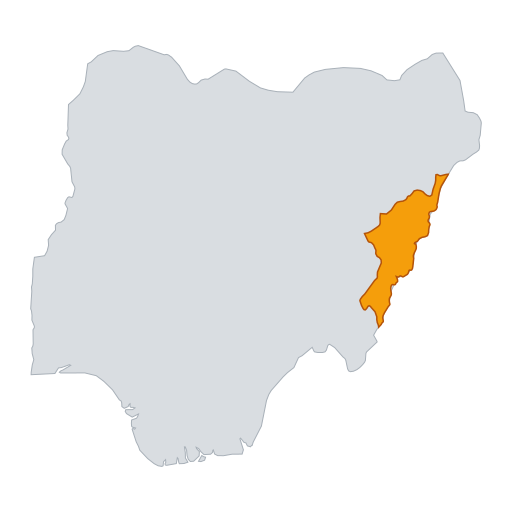 Adamawa highlighted on a map of Nigeria
{"feature_id": "NGA-2881", "entity_name": "Adamawa", "entity_type": "State", "adm_level": 1, "iso_a3": "NGA", "parent_name": "Nigeria", "parent_adm1": "", "projection": "natural_earth1", "projection_center": [12.557, 9.198], "detail": "fine", "context": "in_parent", "style": "filled", "palette": "amber", "viewbox_px": 512, "rotation_deg": 0, "n_neighbors": 0, "source": "natural_earth", "source_scale": "10m", "svg_char_len": 6050}
<svg xmlns="http://www.w3.org/2000/svg" viewBox="0 0 512 512"><path d="M442.8,53.0L460.0,80.5L463.7,100.9L465.1,111.0L467.9,112.2L473.3,112.7L477.2,114.7L479.5,118.1L481.0,121.2L481.3,123.0L480.2,135.3L478.9,139.7L479.6,145.8L479.4,148.3L478.8,150.1L476.4,152.1L473.1,154.1L465.4,159.9L463.1,160.8L459.9,160.9L457.0,162.4L453.7,165.5L446.5,177.3L440.3,189.0L435.7,208.0L430.3,214.0L429.3,219.2L428.5,231.1L427.6,234.7L426.7,235.8L420.9,238.0L417.5,240.7L415.4,246.1L412.8,264.4L411.9,267.4L410.0,270.6L407.0,274.0L404.4,275.9L397.6,277.2L391.2,290.9L391.1,293.3L388.3,305.8L383.3,315.2L383.0,321.2L376.8,329.5L373.6,335.2L376.9,341.1L377.1,342.0L366.5,352.0L365.9,353.5L365.4,360.4L364.6,362.2L362.6,364.7L359.8,367.5L356.8,369.7L353.5,371.2L350.4,371.7L348.6,370.9L347.6,368.8L345.8,360.3L344.9,358.5L342.9,356.9L334.7,347.6L329.7,344.3L328.7,344.6L327.8,345.5L326.4,350.1L325.0,351.9L322.4,352.5L317.9,352.5L314.6,351.9L313.8,350.9L312.2,347.3L302.1,355.7L298.5,357.6L293.9,367.6L287.5,372.6L283.1,376.9L271.2,390.5L268.8,394.5L266.5,400.5L261.4,426.1L253.2,442.1L252.1,445.5L251.6,445.4L250.5,446.8L247.4,445.9L245.9,442.9L244.0,442.4L240.6,438.1L239.9,438.8L243.4,449.8L242.1,454.1L232.1,454.2L223.5,455.7L217.6,455.6L214.6,454.0L213.3,449.9L212.8,450.3L212.5,452.5L210.6,454.2L204.0,454.6L201.0,451.8L198.7,448.6L196.1,447.2L196.5,448.5L199.4,451.6L199.1,456.0L193.7,461.2L190.3,461.5L188.2,459.2L187.1,455.6L186.6,450.3L185.2,446.8L184.4,446.8L185.3,452.6L185.4,458.0L187.9,462.2L184.0,463.5L179.3,463.7L178.7,462.1L178.1,458.6L177.3,457.7L176.3,463.6L166.7,465.3L165.3,465.0L165.0,463.9L165.8,462.3L165.6,459.6L163.5,461.7L163.1,465.8L161.9,466.4L158.2,465.8L154.2,463.7L147.7,458.6L139.8,450.2L138.5,446.4L136.2,441.8L132.1,429.1L132.9,428.5L134.7,429.2L135.6,428.0L132.3,427.1L131.6,426.2L131.4,423.4L131.6,420.0L136.6,418.2L137.8,416.1L138.5,414.0L132.2,417.1L126.5,413.6L125.2,411.4L125.8,409.7L132.6,409.6L135.0,407.9L133.5,407.4L130.9,407.4L130.0,406.4L130.1,403.7L129.2,404.3L128.1,406.6L124.2,408.3L121.9,406.6L121.7,402.8L121.2,401.1L119.3,399.8L112.5,389.8L103.9,381.4L96.3,375.7L84.8,372.9L60.6,373.0L59.3,372.2L60.8,370.9L62.9,370.0L70.7,365.3L69.4,364.7L61.3,367.6L58.5,367.9L54.9,373.5L31.1,374.7L31.2,372.2L32.3,364.8L33.8,359.7L32.2,353.6L31.8,348.0L32.8,346.2L33.2,344.1L33.0,329.8L34.3,327.7L34.4,326.2L31.9,320.1L32.0,315.4L31.5,310.9L30.7,308.8L31.8,291.3L31.5,287.0L32.3,283.9L32.8,276.3L32.8,269.0L34.4,257.3L44.6,255.7L47.1,251.2L48.6,245.4L48.2,239.6L51.5,234.6L55.5,230.2L55.4,225.3L56.5,223.8L58.4,222.6L61.1,222.1L64.2,219.6L65.9,215.4L67.6,208.5L65.0,203.8L65.1,202.7L66.1,200.2L67.7,197.6L69.0,196.8L71.9,197.5L72.9,196.4L74.9,188.9L74.7,186.9L72.0,181.8L70.6,168.2L69.8,166.4L67.7,163.9L62.1,154.3L62.2,149.8L64.6,144.0L66.2,141.1L68.4,139.6L68.9,138.2L68.2,136.6L67.2,135.4L66.9,132.8L68.0,129.1L67.8,125.1L68.5,104.5L73.1,100.5L79.9,93.8L83.4,86.8L85.3,81.5L87.7,63.8L91.2,61.9L98.0,55.5L107.2,51.7L113.2,50.6L123.6,51.3L128.9,50.7L133.4,47.2L135.4,46.2L138.3,45.6L164.2,54.8L166.6,54.4L168.5,55.0L171.8,57.4L179.4,65.9L187.3,79.2L189.8,82.0L192.3,83.6L194.8,84.1L196.8,83.9L198.6,82.6L201.2,80.1L205.0,79.0L208.1,79.2L224.4,69.1L225.9,68.9L235.9,71.1L249.4,81.3L260.4,87.9L268.2,90.2L277.3,91.7L292.9,92.2L304.7,78.0L309.1,74.9L314.3,72.1L325.3,69.4L343.4,67.6L360.4,68.4L371.0,70.8L382.1,75.5L386.9,79.9L394.5,80.7L399.9,79.8L401.7,75.4L407.1,69.6L415.2,64.2L421.9,60.4L427.3,58.8L432.2,54.5L436.1,53.1L442.8,53.0ZM204.6,460.2L200.9,461.6L198.5,461.3L201.8,455.5L203.5,456.7L205.6,457.2L204.6,460.2Z" fill="#d9dde1" stroke="#a8b0b8" stroke-width="1"/><path d="M448.3,174.2L448.1,174.7L441.4,185.8L440.4,188.3L439.0,193.8L437.7,202.1L436.9,204.8L436.9,205.4L437.1,206.3L437.2,206.8L437.1,207.4L436.5,208.8L436.1,209.5L435.3,210.2L434.9,210.4L434.4,210.8L433.7,211.1L430.7,211.5L429.5,212.1L428.8,213.6L428.8,214.4L429.3,215.9L429.4,216.7L429.3,217.8L428.4,219.4L428.1,220.3L428.1,221.3L428.5,222.0L429.6,223.3L430.0,224.3L429.9,225.0L429.6,225.7L429.2,226.7L428.7,229.7L428.6,232.5L427.5,235.6L425.0,236.8L422.1,237.3L419.5,238.6L419.0,239.1L417.9,240.7L417.5,241.2L417.1,241.4L414.9,242.6L414.7,242.8L414.4,243.6L414.6,243.8L415.7,244.0L416.0,244.9L416.3,246.2L416.3,247.9L416.2,248.7L415.9,249.5L414.2,253.1L413.4,255.2L413.4,256.9L413.7,258.5L412.8,266.8L412.4,268.7L411.6,270.0L411.1,270.2L410.6,270.2L410.1,270.1L409.6,270.1L409.2,270.3L408.9,270.9L408.6,272.1L408.0,273.5L407.3,274.4L403.5,276.7L402.9,276.9L402.3,276.7L401.1,276.1L400.6,275.9L399.9,276.0L399.5,276.3L399.0,276.7L398.4,277.0L397.9,277.0L397.4,276.9L396.3,276.5L396.6,277.2L397.5,279.7L397.6,280.3L397.6,281.5L397.3,281.9L396.2,282.8L395.9,283.3L395.7,283.8L395.4,284.3L394.9,284.7L394.1,284.8L392.7,284.5L391.8,284.9L391.0,286.3L390.7,288.2L390.8,290.2L391.4,293.8L391.3,294.6L391.2,295.0L391.0,295.6L389.5,298.1L389.3,299.2L389.3,300.9L389.5,302.6L389.8,303.6L389.9,304.4L389.6,305.0L388.2,306.7L384.5,312.7L383.1,315.6L382.9,316.5L382.7,317.5L382.8,318.4L383.3,320.9L383.2,321.8L382.7,322.3L382.1,322.8L381.1,324.6L378.7,327.2L378.3,325.0L377.3,322.6L376.8,319.7L376.8,316.8L375.0,311.7L371.4,307.7L370.4,306.4L369.1,305.7L367.9,306.4L367.2,307.7L366.3,308.9L365.3,309.9L364.1,309.7L363.1,308.5L361.5,305.4L359.9,300.7L360.3,299.3L362.3,296.5L364.8,294.0L374.6,280.5L377.1,278.1L377.4,276.7L377.3,275.1L377.5,272.0L381.3,263.0L381.1,259.9L379.5,257.7L377.2,256.4L375.8,253.8L375.8,252.3L376.0,250.7L375.6,249.4L374.9,248.1L373.6,244.9L371.5,242.7L370.2,242.3L368.9,242.0L368.0,241.0L364.5,233.5L368.0,232.8L371.2,231.2L378.2,226.4L379.6,225.0L380.2,223.2L380.0,217.4L380.4,213.6L386.5,214.0L391.3,210.1L395.1,204.3L397.3,202.2L400.1,201.5L403.1,201.1L405.8,199.7L406.8,198.4L407.5,196.8L408.5,196.0L409.9,195.9L412.1,193.6L414.1,190.9L417.2,190.1L420.5,190.6L423.0,191.8L425.1,194.0L427.3,195.6L429.9,196.3L431.8,195.0L433.1,189.2L435.2,183.3L435.7,180.2L435.7,177.3L436.0,174.7L437.3,174.5L437.8,174.7L438.2,175.0L439.4,175.6L440.7,175.8L446.2,174.4L448.3,174.2L448.3,174.2Z" fill="#f59e0b" stroke="#b45309" stroke-width="1.5"/></svg>